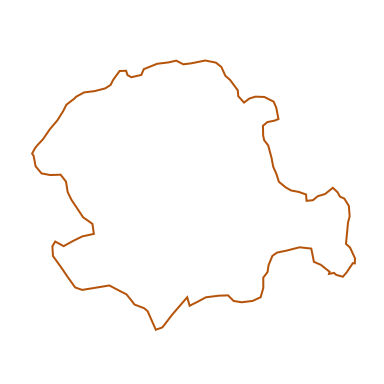 Dromolaxia, Larnaca, Cyprus, rotated 173°
{"feature_id": "46923920B21347225976460", "entity_name": "Dromolaxia", "entity_type": "district", "adm_level": 2, "iso_a3": "CYP", "parent_name": "Cyprus", "parent_adm1": "Larnaca", "projection": "equal_earth", "projection_center": [33.583, 34.885], "detail": "fine", "context": "isolated", "style": "outline", "palette": "amber", "viewbox_px": 384, "rotation_deg": 173, "n_neighbors": 0, "source": "geoboundaries", "source_scale": "gbopen_adm2", "svg_char_len": 1712}
<svg xmlns="http://www.w3.org/2000/svg" viewBox="0 0 384 384"><g transform="rotate(173 192 192)"><path d="M66.0,94.0L60.9,94.4L59.0,92.2L52.6,89.5L48.4,93.3L41.0,101.8L39.1,101.3L38.3,106.3L41.9,117.6L45.5,121.8L42.1,137.0L40.9,142.6L38.5,148.6L38.0,159.0L41.6,166.9L45.6,169.3L47.7,174.2L51.7,179.0L60.1,173.8L67.7,172.5L73.0,169.1L79.4,169.3L79.1,175.6L85.8,179.0L93.4,181.4L98.5,185.2L104.5,191.5L106.1,199.9L108.3,207.1L108.9,216.2L110.7,229.0L114.0,234.4L114.5,239.1L113.5,249.1L108.6,252.2L101.2,252.8L97.3,253.9L98.1,265.4L99.9,271.6L100.2,271.9L108.6,277.5L117.4,278.9L123.6,277.8L129.5,274.4L134.4,281.5L134.2,287.4L140.6,298.7L144.7,303.2L147.6,312.5L152.5,317.5L162.8,320.9L177.2,319.8L180.8,319.8L185.0,319.8L191.7,324.3L199.4,323.5L211.0,323.5L224.9,319.8L228.0,314.4L238.1,313.3L241.7,315.8L242.7,320.4L249.1,320.9L252.8,317.0L256.9,312.5L259.7,308.2L265.6,305.4L276.5,304.0L287.0,304.0L295.6,300.6L297.1,299.2L306.1,293.9L310.0,288.0L316.9,279.5L325.5,271.6L333.4,262.6L340.1,257.0L342.7,254.4L346.0,249.6L344.8,247.2L344.1,236.6L339.1,228.8L330.6,226.1L320.3,225.2L315.8,217.6L315.4,207.0L312.5,198.7L309.1,192.0L303.2,180.2L294.7,172.5L294.5,162.4L306.3,161.3L315.8,158.0L326.0,153.9L333.8,159.5L337.2,155.1L337.8,145.4L330.8,132.7L326.4,124.0L319.6,111.5L312.9,108.2L285.4,109.3L274.9,102.0L269.6,98.5L264.9,91.0L262.8,87.3L253.7,82.5L250.6,79.2L244.7,59.7L237.9,61.2L226.7,72.6L209.6,88.1L208.2,79.4L199.5,82.5L191.0,85.8L177.7,85.8L168.8,85.0L164.0,78.8L156.1,76.5L145.2,76.5L136.7,79.2L132.9,88.1L131.7,98.3L126.8,103.3L124.9,110.1L120.0,118.8L115.0,121.5L105.4,122.3L91.9,124.0L80.5,121.3L79.5,107.8L73.1,104.1L65.1,96.0L66.0,94.0Z" fill="none" stroke="#b45309" stroke-width="2"/></g></svg>